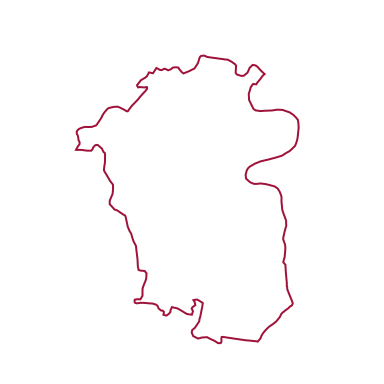 the district of Al-Shuhada, Al Minufiyah, Egypt, rotated 196°
{"feature_id": "37247803B57305898539534", "entity_name": "Al-Shuhada", "entity_type": "district", "adm_level": 2, "iso_a3": "EGY", "parent_name": "Egypt", "parent_adm1": "Al Minufiyah", "projection": "mercator", "projection_center": [30.864, 30.601], "detail": "fine", "context": "isolated", "style": "outline", "palette": "rose", "viewbox_px": 384, "rotation_deg": 196, "n_neighbors": 0, "source": "geoboundaries", "source_scale": "gbopen_adm2", "svg_char_len": 4498}
<svg xmlns="http://www.w3.org/2000/svg" viewBox="0 0 384 384"><g transform="rotate(196 192 192)"><path d="M315.1,200.6L313.1,201.0L312.3,201.4L309.4,202.1L304.4,202.8L300.3,203.9L299.4,205.5L299.4,207.2L298.1,210.0L297.2,210.8L295.6,211.2L293.6,210.3L290.7,209.0L288.0,206.0L287.3,205.8L286.7,205.6L286.0,204.4L284.5,199.0L283.8,196.1L283.1,190.8L282.7,188.7L281.2,187.0L279.2,185.3L277.6,183.7L273.6,179.9L270.0,177.3L269.2,174.8L268.5,172.0L267.8,168.3L268.7,160.9L267.7,157.6L264.9,155.9L262.9,154.6L261.7,153.8L258.8,153.7L251.9,151.4L249.9,151.0L249.1,150.1L244.0,140.6L241.8,138.0L241.2,137.2L238.9,135.1L236.9,131.8L234.6,128.5L231.0,124.7L229.5,121.0L226.0,112.7L223.4,105.2L222.8,104.1L221.8,102.3L219.8,102.3L218.1,102.6L215.7,103.0L213.3,101.3L212.2,96.3L212.2,93.9L212.3,93.1L212.8,88.6L212.9,85.7L212.2,82.8L211.0,78.7L212.0,74.6L214.9,73.9L217.4,72.7L217.0,70.7L216.2,69.8L214.2,69.8L210.9,71.3L209.3,71.7L206.7,72.4L202.6,73.1L199.3,73.9L195.2,73.8L193.6,72.9L192.0,70.8L188.8,69.5L187.5,69.9L185.9,69.0L185.6,66.1L182.7,66.1L180.6,68.5L179.7,70.9L180.1,72.5L179.6,75.0L179.6,75.8L173.8,76.1L169.8,75.1L163.3,73.3L158.3,74.0L158.2,77.7L159.4,79.0L160.2,79.8L159.8,81.4L157.6,84.2L159.2,87.1L160.8,88.4L158.7,89.6L157.0,90.0L153.8,89.1L151.8,88.6L151.0,88.2L151.0,87.3L150.6,85.7L150.3,81.6L149.7,74.6L149.8,72.2L149.4,69.7L151.7,62.4L153.8,59.2L153.5,56.7L152.4,55.4L151.1,53.8L145.8,52.8L142.5,54.8L137.5,56.6L133.9,55.8L130.2,55.3L128.5,54.9L125.3,53.9L122.8,54.6L122.4,55.9L123.5,60.0L123.5,60.8L122.6,61.2L120.2,61.5L114.8,62.2L99.2,64.3L95.9,65.0L88.0,66.4L87.6,66.3L87.5,66.6L85.8,70.2L85.8,70.4L85.8,70.6L85.6,72.9L85.0,75.1L84.5,76.6L83.0,79.9L80.9,83.6L77.3,88.0L76.1,89.8L75.2,91.0L74.3,93.3L73.3,95.5L73.1,96.4L72.9,97.1L72.6,99.2L71.9,100.7L71.2,101.7L70.7,102.3L69.4,104.3L67.4,106.7L66.1,109.1L64.7,110.5L64.5,112.0L64.6,113.1L67.1,116.4L71.6,122.1L73.6,124.8L74.4,127.1L74.9,127.5L75.7,130.5L76.5,132.5L78.6,137.9L79.3,139.8L79.5,140.2L80.9,144.2L81.6,146.1L82.1,147.8L84.9,149.6L84.9,149.8L85.0,150.9L85.0,155.1L85.2,155.8L86.1,160.9L87.0,164.5L87.9,166.8L90.3,170.3L91.2,171.4L91.7,173.3L92.1,180.2L92.1,180.3L92.1,185.7L93.1,188.4L93.5,190.2L95.5,193.0L95.8,193.5L97.6,195.8L99.8,199.0L100.3,199.8L102.6,205.6L103.0,206.6L103.7,208.6L104.4,211.5L105.6,213.6L108.2,216.9L110.7,219.0L114.3,220.2L123.6,219.9L128.9,219.0L131.4,217.8L134.8,216.9L138.8,217.4L140.3,218.1L141.4,218.6L141.7,218.7L141.8,218.8L142.0,218.9L143.8,219.9L145.2,223.4L145.2,223.5L145.3,227.7L145.0,229.0L144.8,230.0L143.4,232.4L139.4,236.5L139.2,236.7L137.3,238.2L134.3,240.5L126.9,244.6L125.3,245.6L120.3,248.6L119.7,249.0L115.4,251.8L113.1,254.5L112.9,254.8L109.4,258.3L107.6,261.3L105.7,264.6L105.3,267.9L105.3,268.5L105.3,270.6L105.4,273.1L106.0,276.4L107.2,283.2L108.9,288.0L110.1,290.5L112.4,292.2L115.7,294.0L120.2,295.5L125.0,295.7L127.3,295.9L132.2,294.8L134.6,293.8L137.6,292.4L144.0,290.3L148.7,288.6L153.4,288.0L155.8,288.8L157.6,290.8L159.9,293.3L162.5,296.2L163.5,299.1L164.5,302.0L164.4,304.6L164.4,306.5L164.4,307.2L164.4,309.0L163.6,311.3L163.0,312.7L162.8,312.7L162.7,312.8L162.0,312.8L161.2,313.0L159.9,313.2L159.6,314.1L159.1,316.0L158.9,316.3L157.8,318.6L157.4,319.6L157.2,320.2L156.2,323.0L154.7,325.4L155.8,325.9L156.9,326.5L158.5,327.3L159.3,327.8L160.1,328.2L163.4,330.3L165.8,331.2L168.7,330.9L169.9,328.9L170.8,327.3L171.4,322.8L171.8,321.6L174.4,317.9L176.8,317.2L181.3,317.3L182.9,318.6L184.0,323.5L184.4,325.6L186.0,326.8L187.6,327.3L190.0,328.2L193.0,328.8L194.1,329.1L195.7,328.7L200.0,328.1L211.6,326.4L214.6,326.0L217.9,326.5L220.8,325.3L221.7,323.7L221.8,317.6L223.6,311.5L225.8,309.5L227.9,307.5L232.9,303.6L234.9,304.4L238.1,306.6L239.3,307.8L241.8,307.5L244.7,306.3L245.5,305.1L246.4,303.9L248.5,302.4L250.5,302.8L252.5,302.9L253.8,301.7L254.9,300.8L256.7,300.5L258.3,301.0L260.4,301.4L262.2,295.4L266.3,295.1L267.2,291.0L268.5,289.0L271.9,285.4L274.3,279.4L272.7,277.7L271.9,278.0L271.5,278.4L266.1,279.5L264.9,280.3L264.1,280.3L263.7,278.6L264.6,276.2L265.5,274.6L268.1,269.3L269.4,266.1L272.4,260.5L273.7,258.0L275.1,254.4L275.8,252.5L275.9,252.0L276.8,251.6L280.4,252.5L285.3,253.4L287.0,253.5L290.3,252.4L293.7,250.6L294.8,250.0L296.1,248.8L298.3,244.0L299.2,240.7L299.7,237.9L301.0,233.8L302.4,229.7L306.2,227.0L309.5,225.9L312.8,225.1L314.0,224.4L316.5,222.8L318.2,221.2L319.1,219.6L319.5,218.4L318.8,216.3L317.2,214.6L316.0,212.1L315.3,210.5L313.7,208.8L313.3,206.7L314.2,204.7L315.1,200.6Z" fill="none" stroke="#9f1239" stroke-width="2"/></g></svg>